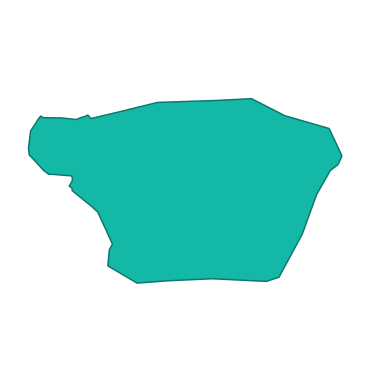 outline of Santa María Camotlán, Oaxaca, Mexico, rotated 350°
{"feature_id": "50627088B71513516821399", "entity_name": "Santa María Camotlán", "entity_type": "district", "adm_level": 2, "iso_a3": "MEX", "parent_name": "Mexico", "parent_adm1": "Oaxaca", "projection": "mercator", "projection_center": [-97.677, 17.867], "detail": "fine", "context": "isolated", "style": "filled", "palette": "teal", "viewbox_px": 384, "rotation_deg": 350, "n_neighbors": 0, "source": "geoboundaries", "source_scale": "gbopen_adm2", "svg_char_len": 966}
<svg xmlns="http://www.w3.org/2000/svg" viewBox="0 0 384 384"><g transform="rotate(350 192 192)"><path d="M266.8,110.4L233.6,106.3L173.7,97.8L153.5,99.1L127.8,100.8L118.7,101.3L114.7,101.6L112.1,101.7L105.0,102.1L104.4,100.5L103.3,99.3L103.2,98.6L102.9,98.3L102.6,98.2L102.1,98.2L98.8,99.3L98.2,99.2L97.4,99.2L95.9,99.4L93.4,99.8L91.0,100.6L76.1,96.3L72.6,95.7L66.9,94.6L58.3,93.0L56.5,91.1L56.0,91.1L53.5,93.3L43.6,104.0L38.5,120.8L38.2,127.3L39.1,128.6L44.5,136.9L49.6,145.0L51.3,146.8L54.0,149.7L57.7,150.4L76.5,155.3L76.5,157.9L76.2,159.7L75.0,161.5L72.1,164.7L74.7,167.8L74.4,168.3L74.3,169.1L74.3,169.9L76.7,172.7L91.0,189.2L95.7,195.4L99.7,210.5L104.6,229.5L100.6,234.4L99.0,240.1L96.3,250.1L97.4,251.1L122.1,272.2L153.4,275.3L197.2,281.0L239.8,290.7L249.7,292.9L262.8,291.1L293.3,252.6L314.2,216.3L320.2,209.0L332.0,194.8L340.6,190.3L345.4,183.4L345.8,181.9L338.1,153.3L296.7,133.0L266.8,110.4Z" fill="#14b8a6" stroke="#0f766e" stroke-width="1.5"/></g></svg>